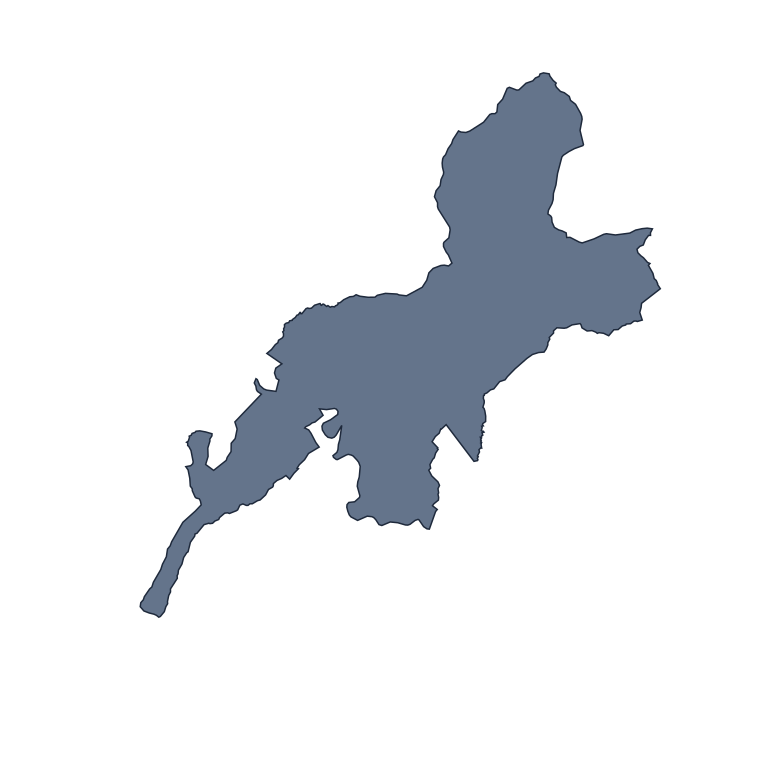 the district of Maierus, Brasov, Romania, rotated 138°
{"feature_id": "2599482B58193518368289", "entity_name": "Maierus", "entity_type": "district", "adm_level": 2, "iso_a3": "ROU", "parent_name": "Romania", "parent_adm1": "Brasov", "projection": "mercator", "projection_center": [25.543, 45.895], "detail": "fine", "context": "isolated", "style": "filled", "palette": "slate", "viewbox_px": 768, "rotation_deg": 138, "n_neighbors": 0, "source": "geoboundaries", "source_scale": "gbopen_adm2", "svg_char_len": 6131}
<svg xmlns="http://www.w3.org/2000/svg" viewBox="0 0 768 768"><g transform="rotate(138 384 384)"><path d="M707.4,361.4L705.7,360.9L699.6,361.8L695.1,364.5L691.8,365.5L690.5,367.2L685.5,370.9L681.8,372.3L679.8,374.6L667.6,377.9L666.0,380.0L664.1,380.7L661.3,383.2L654.6,385.4L649.0,389.1L643.5,390.6L641.9,390.4L633.8,395.9L626.5,397.6L624.8,399.0L622.9,398.2L611.8,399.9L607.3,397.7L606.8,396.7L604.6,395.2L601.3,395.3L597.5,393.9L595.6,394.8L588.8,394.6L586.4,392.9L585.5,391.2L578.5,388.6L576.9,388.4L572.2,390.4L569.1,389.3L567.6,386.0L566.3,384.8L563.8,384.7L562.0,383.1L556.0,381.9L553.7,380.7L546.2,380.8L540.4,382.9L535.8,381.9L534.4,382.4L532.8,384.0L528.0,383.9L523.2,382.3L518.1,381.6L517.8,376.4L510.7,377.9L504.3,378.3L505.0,379.6L501.0,380.7L493.6,380.9L486.6,382.9L474.4,380.5L473.8,386.2L471.2,396.3L470.7,400.3L472.4,404.4L470.7,404.6L466.6,403.4L463.4,403.2L460.7,401.9L450.2,401.5L448.6,408.7L443.8,403.4L437.2,399.0L436.2,397.1L436.5,394.4L438.8,392.3L447.7,393.2L455.3,395.4L458.3,394.2L460.6,391.0L461.6,385.6L461.3,381.9L459.0,378.7L456.6,377.8L453.9,378.0L443.1,381.5L454.3,372.1L458.2,369.7L462.2,366.0L464.8,364.7L469.9,364.9L470.6,363.3L470.0,359.9L469.2,359.0L459.3,356.4L457.6,355.6L455.8,353.0L455.1,351.1L455.0,345.5L455.2,342.8L456.8,338.7L464.7,331.4L469.0,328.8L472.3,325.9L476.7,317.1L478.1,316.1L484.6,316.1L489.4,319.5L492.2,319.1L494.1,317.3L496.0,313.7L497.4,310.0L497.5,307.4L494.9,300.3L484.9,297.0L481.7,293.4L481.0,291.6L480.9,288.6L481.8,282.9L480.3,280.3L471.7,277.3L466.6,271.7L462.4,264.9L460.7,263.2L458.5,262.3L452.1,261.8L449.3,260.6L448.9,259.6L450.0,251.5L449.0,247.6L447.4,245.8L431.0,254.7L428.4,255.1L429.4,261.1L427.2,261.6L421.3,261.3L419.3,263.1L417.6,266.0L416.3,266.5L413.9,270.1L410.6,271.5L409.4,275.2L410.0,283.7L408.4,290.0L405.7,290.2L403.8,293.4L398.2,295.4L396.1,295.5L391.9,298.1L387.5,299.2L387.5,300.5L386.7,300.6L386.9,308.9L381.0,310.6L375.9,310.5L372.0,312.6L371.7,312.1L365.0,312.2L368.9,266.3L365.8,264.5L364.9,264.8L364.3,266.4L362.6,266.9L362.7,268.0L358.5,269.6L357.4,271.6L355.0,271.8L354.3,271.0L352.4,274.0L351.3,274.8L351.5,275.4L350.5,275.3L350.3,277.0L349.4,277.1L349.1,278.4L348.1,278.4L348.0,279.9L347.0,279.2L346.0,280.2L344.8,279.9L343.8,282.2L341.9,281.3L341.8,282.5L342.5,283.1L342.8,284.3L340.2,285.9L339.7,287.3L338.2,286.4L338.0,287.9L337.0,288.5L333.6,288.1L329.9,292.1L327.1,296.5L326.0,298.9L326.1,300.5L322.2,302.9L320.8,304.4L319.8,306.8L317.9,308.7L317.0,308.5L316.2,309.4L313.4,308.5L308.8,308.4L305.7,306.9L296.5,308.4L291.2,306.1L287.4,306.9L276.7,307.6L260.6,307.4L253.9,306.6L248.0,303.9L243.7,300.6L240.0,301.5L236.1,303.4L234.6,305.1L230.8,306.4L230.1,308.0L223.9,308.4L222.4,310.1L217.9,310.1L212.8,304.9L210.6,303.5L204.7,302.1L197.9,297.7L197.9,296.4L199.3,293.2L197.6,287.5L193.7,284.5L191.9,280.8L191.6,278.9L189.9,278.3L186.9,274.8L184.7,269.5L176.9,270.5L173.6,267.8L168.1,267.7L164.9,266.1L163.9,266.5L160.4,263.8L156.2,263.5L154.5,262.1L154.0,261.0L149.3,258.7L146.1,266.0L141.9,268.7L138.6,271.6L114.9,269.9L114.1,274.9L113.6,275.3L112.4,278.8L112.7,281.5L110.1,286.3L108.1,295.3L105.7,295.6L106.8,298.0L106.7,304.2L107.3,307.3L107.5,311.7L105.8,314.9L101.7,315.1L98.3,313.8L93.4,316.3L88.0,317.4L86.5,316.1L84.8,318.1L80.7,319.7L84.1,323.7L88.2,326.7L94.0,330.0L100.4,331.7L112.3,339.9L118.1,346.8L120.5,348.2L130.8,351.3L142.3,356.2L143.9,358.7L147.6,368.5L150.2,370.6L147.5,374.4L149.2,378.6L151.1,381.7L152.6,386.4L150.8,391.8L148.0,395.6L147.7,397.3L148.4,400.7L145.5,403.1L138.4,405.7L135.0,407.8L130.5,412.3L123.0,416.9L114.2,424.3L99.9,433.7L97.6,434.0L91.0,433.0L85.0,431.5L76.7,428.1L75.6,428.4L68.6,441.3L59.6,448.2L58.0,450.5L56.8,453.6L54.5,463.7L55.6,469.9L53.9,473.7L55.1,479.8L57.1,483.4L57.3,489.2L56.5,491.7L54.7,492.4L55.2,496.4L54.7,501.7L53.7,504.0L57.3,508.5L60.6,510.0L62.9,508.8L66.7,510.1L70.6,509.7L77.2,512.5L86.9,512.3L88.6,513.5L92.3,520.6L94.6,521.3L105.3,516.3L112.5,515.6L118.1,510.6L120.6,510.6L122.9,512.7L125.0,513.5L134.8,511.9L151.1,514.6L154.8,516.1L158.2,519.7L159.3,522.2L169.2,519.5L172.9,517.4L178.9,516.0L184.8,513.2L187.9,512.9L189.8,512.0L193.0,509.2L195.4,506.1L197.9,501.5L199.6,500.0L204.8,497.8L209.6,493.8L215.9,492.8L221.2,489.4L222.9,482.9L225.6,479.9L226.6,477.7L230.2,456.8L231.7,454.3L238.0,449.2L244.6,449.2L245.8,448.6L247.8,446.3L249.5,440.4L249.8,436.9L252.6,428.4L257.0,428.5L259.7,432.0L262.4,434.0L270.1,437.0L276.2,436.6L282.8,432.5L290.9,430.3L308.3,434.5L313.2,440.1L314.1,442.1L322.3,450.4L329.6,454.4L332.7,454.6L337.9,459.2L343.2,465.4L345.0,469.0L348.2,469.6L351.0,471.7L357.4,473.6L362.1,473.8L364.1,474.9L364.3,474.2L366.0,474.0L367.8,474.6L369.1,474.4L370.9,476.5L372.6,477.1L373.2,479.8L374.7,480.0L375.4,483.7L376.1,484.3L377.9,484.3L378.1,484.8L377.6,486.5L378.0,486.8L382.9,489.0L387.2,488.9L389.2,490.3L389.8,491.5L391.5,492.2L398.0,491.2L398.9,492.2L398.2,493.0L398.5,493.4L401.4,492.8L402.7,493.4L405.4,492.8L409.0,493.2L409.6,492.7L411.8,494.1L413.7,493.4L416.0,494.7L418.2,494.8L419.8,492.9L421.7,492.2L422.6,490.7L424.4,490.5L424.9,488.8L426.8,486.7L429.0,486.3L433.1,487.1L435.2,485.7L438.4,486.0L444.5,484.9L450.6,485.1L446.4,467.3L453.8,468.2L458.0,465.5L460.3,460.2L459.4,457.3L469.2,450.8L475.3,458.0L476.7,460.9L477.3,466.1L475.2,472.1L475.6,473.6L479.7,471.6L480.6,468.2L482.6,465.1L483.0,463.1L481.9,458.5L520.2,455.6L523.3,448.8L531.1,443.0L537.2,442.2L542.9,436.1L549.6,434.4L552.3,432.8L568.4,433.8L570.4,443.5L563.2,447.9L557.8,454.3L551.5,458.1L550.3,459.6L546.6,460.6L545.1,462.1L548.6,467.7L552.2,472.4L555.3,474.7L556.8,474.5L559.7,475.7L561.7,474.9L563.7,475.6L564.4,474.4L567.8,472.5L569.7,472.8L569.3,471.5L571.1,469.6L570.8,468.4L571.9,463.8L577.9,453.8L579.6,452.7L582.3,452.6L586.6,455.2L587.1,451.2L591.5,443.8L596.3,437.7L596.6,434.5L597.9,432.9L600.0,426.4L599.9,425.0L598.1,422.2L598.8,419.8L600.7,416.5L609.2,415.8L626.0,415.8L647.5,408.8L651.2,406.8L655.3,406.2L661.4,401.2L669.2,398.3L674.0,395.5L688.0,391.0L692.3,388.5L695.3,388.5L704.4,386.3L707.2,384.7L711.1,384.2L714.2,381.6L714.3,376.0L711.7,370.9L709.0,366.9L707.9,364.4L707.4,361.4Z" fill="#64748b" stroke="#1e293b" stroke-width="1.5"/></g></svg>